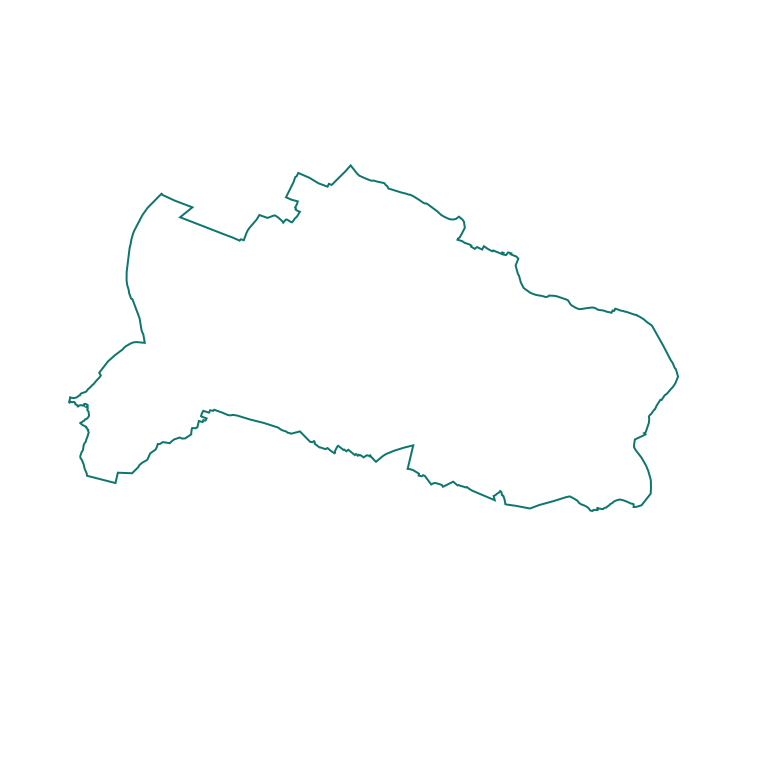 outline of Bang Sai, Phra Nakhon Si Ayutthaya, Thailand, rotated 111°
{"feature_id": "78962969B26505935473539", "entity_name": "Bang Sai", "entity_type": "district", "adm_level": 2, "iso_a3": "THA", "parent_name": "Thailand", "parent_adm1": "Phra Nakhon Si Ayutthaya", "projection": "robinson", "projection_center": [100.488, 14.22], "detail": "fine", "context": "isolated", "style": "outline", "palette": "teal", "viewbox_px": 768, "rotation_deg": 111, "n_neighbors": 0, "source": "geoboundaries", "source_scale": "gbopen_adm2", "svg_char_len": 6163}
<svg xmlns="http://www.w3.org/2000/svg" viewBox="0 0 768 768"><g transform="rotate(111 384 384)"><path d="M233.4,154.9L232.0,160.6L230.5,164.7L229.5,169.8L229.5,171.8L229.0,172.7L229.5,175.1L229.8,183.8L230.1,185.0L230.2,187.5L230.6,188.8L230.7,194.8L231.0,195.2L232.6,195.1L233.4,195.4L233.6,195.7L233.3,196.5L233.4,196.9L236.0,197.2L236.0,198.2L236.7,201.9L236.7,205.1L238.0,210.8L237.5,213.5L237.6,215.8L238.1,217.3L240.8,222.5L241.9,224.1L244.2,228.6L244.2,232.0L243.3,237.3L242.7,238.5L239.9,242.3L239.8,244.8L240.2,254.1L240.6,256.4L242.3,261.6L243.5,262.1L244.9,264.3L245.1,267.7L246.4,274.2L246.5,278.4L246.3,280.7L244.3,288.1L240.1,292.7L234.5,296.8L233.2,298.5L226.2,303.6L218.9,303.5L217.6,306.0L217.5,312.2L216.4,312.0L216.7,315.3L219.6,316.1L220.0,316.8L220.4,319.4L218.8,319.3L218.8,320.8L220.4,321.0L220.2,329.8L221.0,329.9L221.2,330.3L221.2,331.9L220.6,335.9L219.6,340.1L223.3,340.6L222.8,346.2L225.3,347.7L224.6,351.9L223.5,352.0L223.1,354.7L223.3,359.3L222.6,362.4L223.0,367.1L221.8,367.1L220.1,365.9L215.5,365.2L209.2,364.5L203.9,367.5L202.5,369.5L200.9,374.0L204.0,375.9L205.4,377.9L206.2,380.0L206.6,382.2L206.5,385.0L206.2,388.3L205.7,391.1L203.6,396.5L200.4,408.1L200.3,409.5L200.8,410.3L200.8,412.0L199.4,417.6L198.3,423.3L198.0,426.2L197.9,427.4L198.3,428.7L198.4,431.8L199.0,436.2L199.9,450.0L198.2,451.8L197.5,454.0L196.6,455.2L196.4,456.1L197.5,463.0L197.8,466.6L198.6,468.2L198.8,469.0L198.8,473.7L198.4,481.6L197.4,484.2L191.9,493.5L199.4,496.3L216.9,504.2L216.9,507.2L220.0,507.4L220.1,517.1L218.2,527.6L217.7,539.7L221.5,540.0L222.4,540.9L222.9,541.0L228.0,540.8L244.8,542.4L245.1,536.4L244.4,530.0L247.1,529.7L251.1,530.2L251.4,529.4L252.4,529.3L252.5,528.7L253.2,528.2L253.4,524.2L259.0,525.3L261.6,526.6L263.4,526.9L266.0,527.8L266.0,529.7L265.3,533.1L265.4,534.2L266.0,534.7L269.5,535.9L268.5,537.2L266.5,542.5L265.7,545.8L266.1,547.1L270.7,552.3L270.9,560.9L276.0,561.8L286.6,565.6L289.4,566.3L292.0,566.5L300.0,566.4L300.2,569.5L301.9,570.2L301.5,578.1L301.6,585.6L301.4,634.1L287.7,626.2L287.8,644.6L286.8,659.6L285.4,659.6L304.4,667.9L313.0,670.1L330.2,672.1L333.0,672.2L339.1,671.7L343.8,670.8L348.3,670.2L371.6,664.4L378.1,662.0L380.6,660.9L383.8,659.1L387.6,656.1L390.4,654.6L394.9,650.7L394.9,649.5L395.4,648.9L410.3,635.7L420.6,629.7L423.0,627.6L423.6,626.7L431.3,622.1L433.6,630.2L434.7,632.4L435.9,634.0L437.6,635.6L441.1,638.4L442.9,639.5L445.4,640.4L453.2,645.3L461.6,649.7L475.5,653.9L477.6,651.4L479.8,652.0L485.0,654.1L488.3,655.1L488.8,655.6L492.8,657.3L494.7,658.4L497.5,659.2L498.5,659.9L500.6,662.6L501.8,663.6L503.7,663.9L504.0,664.5L506.6,666.1L508.3,668.4L508.9,670.8L508.9,672.2L511.5,671.7L513.4,671.6L514.0,671.3L514.1,670.9L512.9,670.1L512.8,668.7L512.0,667.3L511.9,666.4L512.3,665.5L513.5,664.9L513.7,662.9L514.7,662.0L514.5,661.4L513.5,661.0L512.7,660.0L512.0,658.2L512.1,657.3L511.8,656.4L510.9,656.3L510.3,656.7L509.6,656.0L509.7,653.4L510.1,652.9L511.1,652.7L512.1,653.7L512.1,652.7L512.4,652.0L512.9,651.8L514.2,651.9L514.8,651.4L515.4,650.3L516.1,649.7L518.9,648.2L519.8,648.0L521.3,648.3L523.1,649.1L524.1,650.3L525.6,650.7L526.7,651.7L528.4,652.6L528.9,653.5L529.3,653.6L530.3,650.9L530.7,646.7L531.0,646.3L531.4,646.4L532.8,643.8L533.2,644.0L535.0,642.3L540.8,641.9L542.4,642.1L544.6,641.8L546.7,642.3L548.5,642.5L553.6,641.4L556.1,641.9L560.2,641.7L561.7,641.0L563.5,638.5L566.8,635.5L569.9,633.5L574.2,629.4L575.1,629.0L576.1,628.3L572.7,599.2L562.2,600.7L557.6,587.2L551.0,584.2L549.7,583.6L547.7,583.4L545.3,582.2L544.4,581.7L540.0,578.1L539.3,577.8L532.5,577.4L527.2,573.8L524.4,573.5L521.1,573.7L520.9,572.8L520.2,571.6L517.5,569.7L516.0,562.7L514.3,562.1L511.0,560.1L507.2,555.6L507.3,552.9L506.0,550.1L500.1,545.9L499.3,546.3L495.1,547.3L493.9,547.3L492.7,543.8L492.1,543.6L491.4,542.7L484.9,543.6L484.5,539.7L484.2,539.5L482.5,539.7L482.3,537.9L482.0,537.5L479.7,537.3L479.8,542.8L479.6,543.3L476.9,543.5L473.8,543.1L473.5,537.1L473.2,537.0L470.8,536.9L470.2,533.7L468.9,533.3L468.7,524.6L468.9,518.5L468.4,516.3L467.0,514.0L466.1,509.9L465.1,496.1L463.4,481.9L462.6,467.3L463.7,462.9L463.4,458.4L464.0,456.5L463.6,454.5L463.7,452.9L458.4,445.5L464.5,432.1L464.0,430.1L462.4,428.9L463.4,427.6L464.5,427.4L464.7,427.1L466.3,421.5L466.0,420.7L465.8,415.3L464.1,413.9L464.1,413.6L465.4,410.0L466.4,405.4L465.8,405.1L463.8,405.7L460.2,405.3L458.6,405.0L458.1,404.6L460.1,398.3L459.5,397.8L460.3,395.1L458.2,393.8L460.8,385.8L459.4,385.0L460.3,382.7L459.1,382.2L459.3,381.3L458.9,380.9L459.2,378.7L459.8,376.7L456.7,374.5L456.4,372.2L456.6,371.3L455.7,371.2L457.1,368.9L457.6,367.5L458.2,366.7L459.5,363.6L451.9,359.4L448.8,357.1L442.8,350.8L436.4,342.7L430.8,334.7L454.8,331.5L454.2,329.3L454.0,325.8L455.2,319.2L457.1,318.8L456.6,315.6L455.1,314.8L455.2,312.9L460.9,303.9L458.8,302.1L458.1,300.7L457.8,299.0L457.5,294.0L458.8,292.1L450.4,284.4L452.3,279.0L451.6,278.2L451.7,275.6L451.3,272.9L451.3,270.5L450.5,269.8L451.5,266.2L452.0,262.9L452.8,239.0L449.2,241.5L447.8,240.1L446.2,239.3L444.1,237.8L443.2,237.3L442.3,237.2L442.7,235.8L445.3,234.1L445.2,233.7L445.8,233.0L445.7,232.5L448.4,230.2L452.7,227.6L452.5,225.9L450.6,217.8L447.9,203.1L441.2,195.5L432.6,183.8L424.5,173.6L422.4,170.4L422.6,167.5L423.5,162.2L423.9,161.2L425.1,159.4L425.7,156.7L425.6,153.8L425.9,150.9L426.6,148.4L428.1,146.3L428.1,144.9L427.7,143.7L426.8,143.5L426.1,142.6L425.2,139.4L424.8,139.3L423.5,140.4L423.2,140.3L423.2,138.6L422.4,134.8L420.7,133.8L419.6,132.2L418.4,131.6L416.6,130.3L415.3,129.9L413.7,128.5L410.9,126.9L408.9,124.8L407.3,122.4L406.8,118.7L406.8,114.8L407.1,111.1L406.7,108.1L406.9,107.8L409.4,106.9L408.5,104.8L407.9,103.9L404.9,100.1L391.1,95.8L390.5,95.8L385.7,97.4L379.1,100.0L377.2,101.1L370.5,106.1L366.2,110.2L360.5,117.2L355.4,125.5L353.4,127.9L351.7,128.6L345.9,129.9L337.3,121.7L336.9,122.0L336.6,123.5L335.7,122.7L334.8,122.4L325.4,122.8L322.0,123.7L319.5,125.0L318.4,124.9L317.4,124.6L316.7,124.0L311.1,122.5L310.6,122.0L306.3,121.7L299.7,120.3L299.5,119.3L299.3,119.1L293.9,117.9L291.5,116.3L284.7,113.9L283.9,113.4L279.3,112.3L271.8,112.1L265.7,116.7L265.1,118.0L260.6,122.4L259.3,124.5L248.2,137.0L233.4,154.9Z" fill="none" stroke="#0f766e" stroke-width="2"/></g></svg>